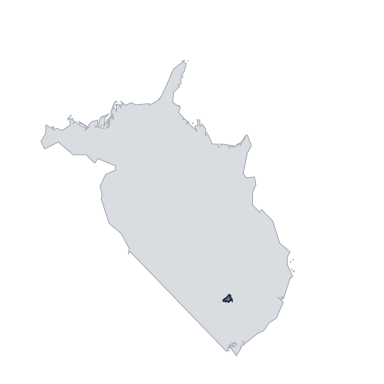 Elmore, Idaho, United States of America (highlighted), rotated 226°
{"feature_id": "52423323B11139746059105", "entity_name": "Elmore", "entity_type": "district", "adm_level": 2, "iso_a3": "USA", "parent_name": "United States of America", "parent_adm1": "Idaho", "projection": "equal_earth", "projection_center": [-115.613, 43.433], "detail": "fine", "context": "in_parent", "style": "filled", "palette": "slate", "viewbox_px": 384, "rotation_deg": 226, "n_neighbors": 0, "source": "geoboundaries", "source_scale": "gbopen_adm2", "svg_char_len": 4795}
<svg xmlns="http://www.w3.org/2000/svg" viewBox="0 0 384 384"><g transform="rotate(226 192 192)"><path d="M301.3,132.4L320.8,130.6L325.3,116.0L333.3,118.5L335.8,127.5L341.6,133.5L334.6,135.7L334.6,137.4L332.9,135.3L331.8,138.9L326.5,141.4L324.6,150.6L328.8,154.5L330.9,154.0L329.9,152.3L330.8,153.1L331.4,155.1L325.2,156.4L323.6,154.3L323.5,157.2L316.2,157.8L311.3,161.5L311.5,159.4L310.7,158.1L310.2,163.1L311.9,164.0L312.2,168.3L309.4,173.9L304.8,170.4L306.6,166.9L304.3,169.3L306.1,173.2L308.1,175.5L308.9,178.0L305.6,187.1L306.1,181.3L301.5,175.9L302.9,170.3L299.5,172.0L302.3,180.4L298.2,177.8L297.0,178.1L297.7,175.5L297.5,174.7L296.6,176.7L296.9,178.5L302.9,181.8L301.9,183.3L299.0,180.3L298.0,179.8L301.6,183.4L303.1,184.1L302.7,186.2L300.7,184.5L303.9,187.8L303.3,188.2L301.8,186.6L298.2,185.8L302.9,188.9L305.6,188.8L309.5,196.7L306.2,190.6L307.5,194.6L302.4,193.8L306.6,197.7L308.2,196.6L306.5,200.1L301.5,198.9L304.7,200.7L302.5,202.5L305.6,203.9L300.4,204.7L298.4,210.5L293.6,212.1L285.3,222.7L283.9,221.5L281.5,231.4L281.5,233.8L283.9,241.4L293.2,264.1L292.0,276.3L288.4,277.0L284.3,270.5L283.1,265.1L277.4,258.8L278.9,256.1L276.4,256.2L276.7,248.3L269.9,240.4L260.9,242.3L258.8,237.7L249.8,237.3L250.7,235.6L249.3,237.3L245.3,238.1L244.9,234.6L244.5,237.1L232.1,237.8L237.5,239.5L236.0,242.7L240.3,245.9L238.4,247.6L233.6,243.4L233.6,246.6L227.3,245.2L223.6,241.1L221.7,243.2L212.5,240.0L207.6,244.5L208.8,243.3L205.9,242.1L204.9,247.7L199.7,251.3L200.9,250.2L197.3,249.6L198.6,251.5L194.6,253.9L193.3,260.1L191.4,259.2L193.1,260.8L193.7,266.6L195.6,270.1L194.4,271.3L184.1,266.9L181.4,258.5L169.9,241.8L164.4,240.9L159.5,247.4L152.9,243.1L149.7,235.5L140.8,226.6L130.9,226.5L130.9,229.9L115.0,229.9L94.3,219.5L80.9,220.9L79.0,215.2L73.3,209.9L61.5,205.8L61.5,201.8L51.9,184.3L52.2,182.4L54.2,184.7L53.0,180.9L57.3,180.6L49.3,181.1L42.7,165.0L44.4,156.6L42.4,147.2L44.7,141.2L46.3,124.2L50.3,124.7L45.9,123.8L47.3,119.3L45.8,119.4L43.4,110.1L53.1,111.6L51.0,116.6L54.3,113.1L53.9,117.2L51.5,118.2L53.2,118.4L55.0,116.6L55.8,112.5L53.3,106.1L192.2,106.1L191.9,103.7L195.1,107.7L211.4,112.2L227.0,110.6L250.5,122.1L252.0,125.1L260.2,130.1L264.6,142.1L260.9,151.9L263.9,155.1L281.8,147.3L280.2,142.8L281.8,142.0L292.3,141.7L301.3,132.4ZM318.9,159.9L322.0,159.4L311.3,162.3L319.9,158.7L318.9,159.9ZM53.9,110.1L55.1,112.6L55.0,113.0L53.3,111.1L53.9,110.1ZM195.3,269.1L193.7,264.0L193.7,261.2L194.0,264.2L195.3,269.1ZM335.5,136.0L335.7,137.4L335.2,137.1L335.5,136.0ZM223.8,242.6L224.1,243.7L223.1,242.8L223.8,242.6ZM66.1,210.3L67.4,209.7L67.5,209.8L66.1,210.3ZM64.6,209.8L64.1,210.6L63.6,209.9L64.6,209.8ZM328.2,156.6L327.5,157.5L327.3,157.3L328.2,156.6ZM194.3,258.5L193.7,260.8L195.3,256.4L194.3,258.5ZM290.4,256.6L292.2,261.1L290.2,256.2L290.4,256.6ZM73.0,213.9L73.6,215.1L72.9,214.0L73.0,213.9ZM292.6,277.0L291.6,278.4L293.2,275.4L292.6,277.0ZM310.3,199.4L309.3,201.1L309.7,197.1L310.3,199.4ZM52.6,107.9L52.6,108.7L52.1,108.3L52.6,107.9ZM198.7,252.4L196.8,253.5L198.8,252.1L198.7,252.4ZM331.4,157.0L331.5,158.1L330.5,157.8L331.4,157.0ZM72.9,217.2L73.4,218.6L72.8,217.3L72.9,217.2ZM196.4,254.3L195.6,254.9L196.3,254.0L196.4,254.3ZM308.7,179.7L307.7,181.9L308.7,178.9L308.7,179.7ZM207.1,245.5L205.9,246.4L207.6,244.9L207.1,245.5ZM281.9,232.6L281.8,234.4L281.5,233.1L281.9,232.6ZM306.1,204.1L305.7,204.5L306.8,203.2L306.1,204.1ZM264.2,241.9L262.7,242.8L262.1,242.6L264.2,241.9ZM244.7,237.8L244.4,238.1L243.5,238.0L244.7,237.8ZM281.5,265.2L281.8,266.5L281.2,265.0L281.5,265.2ZM241.0,240.4L240.8,241.5L240.6,239.4L241.0,240.4ZM289.4,280.2L288.6,280.3L289.8,279.9L289.4,280.2ZM312.1,169.1L311.6,170.1L312.1,168.6L312.1,169.1ZM308.4,201.4L307.9,201.8L308.4,201.4Z" fill="#d9dde1" stroke="#a8b0b8" stroke-width="1"/><path d="M92.6,139.5L92.3,139.4L92.2,139.5L92.1,139.4L91.8,139.2L91.8,138.9L91.7,138.6L91.3,138.5L91.5,138.6L91.4,138.8L91.3,139.1L91.2,139.2L91.1,139.4L91.1,139.6L90.7,139.7L90.3,139.8L90.1,139.9L89.9,139.9L89.8,140.1L89.7,140.2L89.8,140.4L89.7,140.5L89.3,140.6L89.2,140.9L89.3,141.0L89.2,141.2L88.9,141.4L88.7,141.5L88.4,141.6L88.2,141.8L87.9,141.9L87.7,141.9L87.4,141.9L87.4,143.5L87.4,145.2L85.9,145.2L86.0,145.3L86.3,145.4L86.2,145.5L86.3,145.6L86.5,145.7L86.6,145.8L86.8,146.0L87.0,146.0L87.2,146.3L87.3,146.3L87.5,146.3L87.5,146.2L87.7,145.9L87.7,146.0L87.8,146.1L88.0,146.1L88.3,146.1L88.4,146.3L88.5,146.4L88.8,146.4L89.0,146.4L89.3,146.3L89.5,146.4L89.8,146.4L89.9,146.5L90.0,146.5L90.1,146.4L90.2,146.5L90.2,146.8L90.2,147.0L90.2,147.4L90.2,147.5L90.3,147.6L90.5,147.6L90.8,147.6L91.0,147.6L91.4,147.6L91.9,147.6L92.3,147.5L92.4,146.6L92.1,146.5L92.1,144.6L92.1,143.4L92.1,141.8L92.3,141.7L92.4,141.4L92.5,141.2L92.4,141.0L92.3,140.9L92.4,140.7L92.4,140.3L92.5,140.3L92.5,140.1L92.6,139.7L92.6,139.5Z" fill="#64748b" stroke="#1e293b" stroke-width="1.5"/></g></svg>